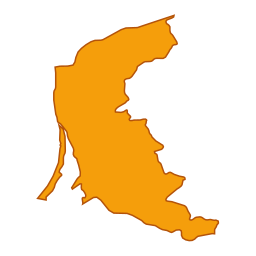 map outline of Klaipedos (Robinson projection)
{"feature_id": "LTU-935", "entity_name": "Klaipedos", "entity_type": "County", "adm_level": 1, "iso_a3": "LTU", "parent_name": "Lithuania", "parent_adm1": "", "projection": "robinson", "projection_center": [21.636, 55.706], "detail": "fine", "context": "isolated", "style": "filled", "palette": "amber", "viewbox_px": 256, "rotation_deg": 0, "n_neighbors": 0, "source": "natural_earth", "source_scale": "10m", "svg_char_len": 3605}
<svg xmlns="http://www.w3.org/2000/svg" viewBox="0 0 256 256"><path d="M55.1,67.1L60.0,66.2L67.7,66.1L73.0,65.1L74.9,62.0L75.9,57.4L78.1,52.0L81.4,48.4L86.1,44.7L90.9,41.8L94.9,40.4L100.9,40.2L102.9,39.7L111.5,35.0L121.1,29.7L125.9,28.0L137.4,27.6L144.2,25.3L174.0,15.4L173.6,17.0L171.9,18.0L167.2,19.8L166.3,20.6L165.9,21.8L166.2,22.8L166.8,23.8L167.9,24.4L169.0,25.4L169.9,26.8L169.9,30.3L170.2,32.0L170.7,33.3L172.2,34.7L172.9,35.6L176.7,41.8L177.2,43.5L176.9,44.2L175.8,44.6L174.5,44.7L173.3,45.1L172.4,45.8L171.6,47.6L170.8,48.7L170.1,49.4L168.6,52.2L165.5,57.1L164.4,57.7L163.1,58.4L156.7,58.3L154.9,58.6L153.8,59.3L152.5,60.6L151.4,61.2L150.0,61.5L145.0,61.7L143.6,62.3L137.4,66.5L136.5,69.9L132.0,76.3L130.6,77.6L129.4,78.3L126.4,78.8L124.8,79.7L124.3,80.8L124.3,81.7L124.6,82.7L124.9,83.8L124.4,90.5L124.5,92.1L124.9,93.6L125.6,94.6L127.9,97.2L128.4,98.1L128.8,99.3L128.3,100.2L126.4,101.3L125.9,102.2L125.3,102.8L118.4,106.8L116.6,108.3L115.8,109.3L115.4,110.1L115.3,110.9L115.5,112.0L121.0,112.4L122.3,112.1L123.9,111.6L126.4,110.0L127.1,110.2L127.3,111.0L127.2,112.1L127.4,113.1L128.9,114.8L129.9,115.7L130.5,116.4L130.6,117.1L130.2,117.8L129.5,118.6L129.2,119.4L129.7,120.4L130.8,120.6L132.3,120.5L133.9,120.1L140.2,120.0L143.2,119.2L145.4,119.1L146.3,119.6L146.7,120.2L146.3,121.1L146.2,122.0L146.1,123.0L145.8,123.8L145.3,124.7L145.5,125.7L148.1,128.9L148.5,129.8L148.8,130.5L149.4,132.9L150.0,133.9L151.1,135.0L151.5,135.8L151.9,136.9L155.9,141.0L162.8,145.3L163.4,146.8L163.0,147.7L162.3,148.7L161.3,149.4L154.5,151.5L154.8,153.1L156.7,154.3L157.1,155.2L158.0,160.7L158.7,161.9L160.6,163.4L161.2,164.7L164.0,172.8L165.3,174.0L166.7,173.9L169.0,172.5L170.2,172.3L171.4,172.8L174.2,174.4L179.5,176.2L183.7,177.0L184.5,177.5L184.9,178.0L185.0,179.4L183.0,180.2L182.0,184.8L181.0,186.2L179.2,187.6L177.0,189.0L167.2,197.1L165.9,199.3L166.2,200.7L167.8,201.2L171.9,201.7L184.5,205.7L185.7,206.6L186.5,207.6L188.1,211.3L190.1,214.6L190.4,215.6L190.3,216.4L189.5,219.1L190.1,219.9L191.3,220.1L192.9,219.4L195.2,217.7L196.2,217.3L199.6,216.9L200.9,217.0L202.2,217.6L204.6,219.3L206.0,219.8L207.5,219.9L210.2,219.5L211.4,219.7L212.5,220.0L213.6,220.2L214.8,220.3L215.9,220.1L218.2,221.1L218.4,223.0L217.9,223.8L216.8,225.1L216.3,226.7L214.8,229.1L214.6,230.2L214.6,233.8L212.2,233.6L197.9,236.3L196.2,237.6L194.7,239.1L192.2,240.4L189.2,240.6L185.7,239.8L182.7,238.0L181.5,235.3L181.5,232.5L181.1,230.7L179.5,229.8L176.1,230.1L172.7,232.0L171.5,232.4L170.2,232.0L167.0,230.5L162.4,229.6L159.8,228.4L155.3,225.6L146.2,224.1L143.9,222.7L141.7,220.5L132.4,215.3L127.1,213.4L113.8,213.1L109.0,210.3L100.8,200.1L96.8,197.2L93.5,197.5L82.7,204.0L82.9,203.2L82.3,199.4L82.3,198.2L83.1,197.5L84.1,197.8L85.0,197.7L85.8,196.0L85.6,194.6L84.7,192.7L83.6,191.0L82.7,190.2L81.7,189.5L81.3,187.7L81.4,184.0L80.0,183.8L72.4,189.1L71.7,187.8L71.7,187.5L72.0,187.3L77.1,179.0L78.2,177.7L80.2,175.9L80.3,171.9L78.7,165.2L77.1,160.2L76.9,158.9L76.4,158.3L75.1,157.3L73.9,156.0L73.3,154.4L73.4,152.4L73.7,151.1L73.7,149.8L73.3,148.1L68.4,138.7L67.5,135.8L67.1,132.6L66.3,131.0L60.9,124.2L59.6,123.2L58.4,122.6L57.6,121.5L57.0,117.4L55.8,114.2L53.8,100.1L53.8,92.8L54.1,91.0L55.4,88.7L55.7,87.1L55.7,72.9L55.1,67.1ZM46.1,200.0L37.6,198.4L47.5,186.0L53.1,176.2L58.5,162.7L60.0,148.7L60.8,145.9L60.1,145.1L60.8,143.5L59.7,140.1L60.1,129.8L59.0,125.2L63.2,129.1L65.0,136.4L65.3,150.9L65.0,153.0L63.7,155.8L63.4,157.8L63.4,164.0L61.9,166.7L59.8,169.5L59.1,172.1L61.6,174.3L61.6,175.4L59.7,177.1L57.3,180.3L55.2,184.0L54.3,187.4L52.5,190.8L46.1,197.0L46.1,200.0Z" fill="#f59e0b" stroke="#b45309" stroke-width="1.5"/></svg>